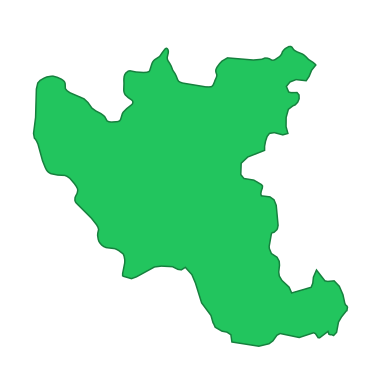 map outline of Alessandria (orthographic projection), rotated 183°
{"feature_id": "ITA-5439", "entity_name": "Alessandria", "entity_type": "Province", "adm_level": 1, "iso_a3": "ITA", "parent_name": "Italy", "parent_adm1": "", "projection": "orthographic", "projection_center": [8.655, 44.843], "detail": "fine", "context": "isolated", "style": "filled", "palette": "green", "viewbox_px": 384, "rotation_deg": 183, "n_neighbors": 0, "source": "natural_earth", "source_scale": "10m", "svg_char_len": 3737}
<svg xmlns="http://www.w3.org/2000/svg" viewBox="0 0 384 384"><g transform="rotate(183 192 192)"><path d="M117.2,41.5L144.3,44.3L145.7,51.5L149.8,53.9L154.8,54.6L161.7,58.1L163.6,61.8L164.1,62.4L166.6,69.7L176.6,81.8L183.8,101.3L187.8,109.5L194.7,116.4L198.6,113.7L202.0,114.0L207.6,116.4L218.7,116.4L225.5,115.2L243.0,104.4L247.9,102.3L256.0,104.2L256.9,104.7L257.0,107.0L255.5,117.5L255.5,119.3L255.6,120.9L256.0,122.5L256.3,123.9L256.8,125.1L257.4,126.4L258.0,126.9L262.1,129.7L264.2,130.7L266.1,131.4L274.8,132.0L277.3,132.9L279.4,134.3L279.9,134.8L281.4,136.4L282.4,137.9L283.2,140.0L284.0,143.9L283.9,146.2L283.3,149.6L284.0,151.8L285.5,154.2L291.1,160.6L307.0,174.9L307.9,176.1L308.5,177.6L308.5,180.2L308.0,181.7L306.7,184.5L306.4,186.1L306.2,187.7L306.5,189.3L307.8,191.5L309.8,194.1L314.7,199.3L317.6,201.1L319.9,201.9L327.0,201.9L333.8,202.9L335.1,203.5L336.3,204.2L337.3,205.0L338.6,206.6L339.8,208.7L342.9,215.4L348.3,231.7L349.9,234.8L351.2,236.6L352.2,237.5L353.3,242.2L352.1,258.3L352.8,286.7L351.7,292.8L349.5,295.5L345.8,297.9L343.0,299.3L338.4,300.3L336.7,300.4L332.6,299.5L328.5,297.9L327.0,297.0L325.8,296.1L324.9,295.0L324.4,293.7L324.2,292.1L323.9,288.6L322.1,286.6L319.0,284.7L304.7,279.4L300.6,275.9L296.4,270.6L292.3,267.9L287.2,265.6L284.9,264.1L283.2,262.8L280.5,258.5L278.6,257.8L276.2,257.6L269.8,258.4L268.1,259.2L267.4,260.1L267.0,261.0L265.7,266.4L265.2,267.5L264.8,268.2L261.6,271.8L256.5,276.3L255.9,277.4L255.7,278.7L256.1,279.8L257.0,280.7L260.6,282.9L263.7,285.5L264.4,286.6L265.0,288.0L265.4,289.5L265.5,291.2L265.6,296.8L265.9,300.2L265.9,302.0L265.8,303.7L265.3,305.6L264.3,307.4L262.0,309.4L260.2,309.8L254.2,308.9L246.7,308.8L243.3,309.2L241.1,310.1L240.5,311.3L238.9,317.5L238.4,319.0L237.8,320.2L237.0,321.3L236.0,322.3L231.6,325.5L230.8,326.6L229.2,329.3L226.5,333.3L225.6,334.0L224.9,334.2L224.1,333.7L223.4,332.7L223.0,331.3L223.0,329.7L223.8,325.1L223.6,323.6L223.1,322.2L220.8,319.0L219.3,316.5L217.6,312.6L215.2,309.4L213.8,306.9L212.6,304.2L212.0,303.0L211.2,301.9L209.5,301.0L207.1,300.3L183.8,297.7L180.5,297.8L178.1,298.2L177.1,299.1L176.4,300.2L175.3,303.1L174.9,304.6L173.8,307.3L173.4,308.8L173.3,310.2L173.8,311.5L174.3,312.7L174.6,314.1L174.5,315.5L174.0,316.9L173.4,318.2L171.1,321.7L168.9,324.3L163.6,327.8L137.6,327.0L129.2,328.2L126.2,329.6L123.8,329.6L121.7,329.1L119.1,327.8L117.5,327.9L116.2,328.4L111.9,331.6L111.0,332.5L110.4,333.4L109.9,334.1L109.4,335.3L109.1,336.6L108.0,338.3L106.4,340.1L102.9,342.3L101.0,342.5L99.7,341.8L98.9,340.7L98.1,339.7L97.1,338.8L94.6,337.5L89.1,335.6L87.6,334.8L85.4,333.1L82.5,330.4L77.8,327.7L75.6,326.0L75.0,325.3L78.9,319.9L81.1,313.6L83.8,309.1L94.0,309.7L99.9,307.0L103.3,302.4L100.7,296.9L98.3,296.4L92.3,296.8L90.2,294.5L89.9,290.7L91.2,287.1L93.5,284.4L95.8,283.3L100.1,279.6L101.9,271.4L101.5,262.2L99.3,255.5L104.3,253.8L112.9,255.6L117.7,254.6L119.9,251.4L121.2,246.7L121.9,241.6L121.7,237.4L138.1,229.9L144.4,223.3L144.2,212.0L140.9,208.2L130.9,207.1L123.0,203.0L121.9,201.7L122.0,199.6L122.9,196.5L123.2,193.7L122.5,191.8L113.9,191.2L109.7,188.5L107.2,183.1L104.3,163.2L104.8,159.9L105.3,158.8L107.8,156.2L108.3,155.9L108.6,155.8L109.4,155.8L109.7,155.6L110.1,155.2L110.3,154.8L110.6,153.9L112.1,141.8L111.8,139.5L109.5,134.7L103.7,131.3L101.3,127.4L100.8,123.4L101.2,116.6L100.4,112.6L97.6,108.4L90.1,102.1L87.2,96.4L68.0,103.1L66.6,107.3L66.3,113.3L63.6,120.6L54.6,110.2L51.8,109.8L45.4,110.7L40.0,105.6L35.9,97.4L33.6,88.9L32.7,87.2L31.5,86.4L30.7,85.1L31.1,81.6L31.7,81.3L36.2,75.0L38.9,69.8L40.3,59.4L43.1,56.1L45.0,56.8L46.6,56.7L47.9,57.2L48.9,59.9L56.9,53.1L58.4,53.1L61.3,57.0L63.2,57.8L77.3,52.3L96.6,55.3L99.7,53.4L103.4,47.6L107.1,44.5L117.2,41.5Z" fill="#22c55e" stroke="#15803d" stroke-width="1.5"/></g></svg>